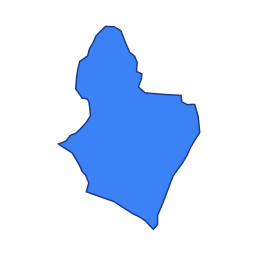 Monte Plata, Robinson projection, rotated 82°
{"feature_id": "DOM-1981", "entity_name": "Monte Plata", "entity_type": "Province", "adm_level": 1, "iso_a3": "DOM", "parent_name": "Dominican Republic", "parent_adm1": "", "projection": "robinson", "projection_center": [-69.861, 18.831], "detail": "fine", "context": "isolated", "style": "filled", "palette": "blue", "viewbox_px": 256, "rotation_deg": 82, "n_neighbors": 0, "source": "natural_earth", "source_scale": "10m", "svg_char_len": 907}
<svg xmlns="http://www.w3.org/2000/svg" viewBox="0 0 256 256"><g transform="rotate(82 128 128)"><path d="M24.2,136.0L25.9,127.4L30.8,121.5L43.1,118.6L53.2,115.9L57.8,111.5L64.1,109.8L69.1,110.9L73.3,111.6L76.3,106.8L81.0,107.8L88.8,112.0L95.5,106.3L99.6,88.5L103.1,70.9L109.6,71.1L113.2,65.9L113.5,61.6L114.0,58.6L126.7,56.9L142.4,57.6L149.1,63.3L156.0,68.9L163.5,73.5L170.5,79.2L181.5,89.9L195.1,97.4L207.0,103.9L218.7,110.9L227.4,112.1L231.8,117.0L227.2,120.4L222.3,123.7L217.4,129.4L213.1,135.8L199.0,152.0L185.4,178.1L176.9,174.5L168.8,176.5L164.3,179.6L159.1,180.9L145.2,186.5L134.2,199.1L132.3,191.3L127.3,186.0L126.0,180.6L122.7,175.8L117.2,169.1L110.8,163.5L105.3,163.2L99.7,163.0L96.7,163.1L93.9,164.2L92.8,166.6L92.2,169.1L82.0,174.3L70.8,171.9L62.9,169.5L55.3,166.5L51.0,157.9L44.3,155.2L38.5,150.6L32.3,146.8L28.2,141.5L24.2,136.0Z" fill="#3b82f6" stroke="#1e3a8a" stroke-width="1.5"/></g></svg>